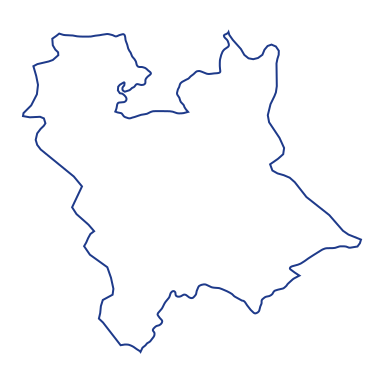 Srednje-Banatski, Robinson projection
{"feature_id": "SRB-1061", "entity_name": "Srednje-Banatski", "entity_type": "District", "adm_level": 1, "iso_a3": "SRB", "parent_name": "Republic of Serbia", "parent_adm1": "", "projection": "robinson", "projection_center": [20.51, 45.43], "detail": "fine", "context": "isolated", "style": "outline", "palette": "blue", "viewbox_px": 384, "rotation_deg": 0, "n_neighbors": 0, "source": "natural_earth", "source_scale": "10m", "svg_char_len": 5651}
<svg xmlns="http://www.w3.org/2000/svg" viewBox="0 0 384 384"><path d="M228.5,32.1L229.3,34.9L232.8,39.9L240.9,49.0L244.3,54.9L248.5,58.3L253.2,59.2L258.0,58.0L262.4,54.8L264.5,49.7L267.6,46.0L271.5,44.6L275.9,46.5L278.8,50.8L278.7,54.8L277.4,58.9L276.5,63.4L276.8,86.2L275.9,92.4L274.4,96.2L270.5,104.2L267.8,115.2L269.1,122.3L279.5,137.9L284.1,148.0L283.2,154.2L278.0,158.8L270.1,164.3L272.4,170.5L277.5,173.4L283.8,175.2L289.7,177.7L294.8,182.2L306.4,197.0L329.3,215.1L343.0,230.8L348.5,234.6L361.0,239.6L360.9,239.9L359.9,243.2L357.9,245.9L357.5,246.5L350.2,247.7L349.1,247.7L346.2,246.6L344.8,246.4L343.4,246.3L340.6,246.3L339.3,246.5L335.3,247.8L334.0,248.0L332.7,248.1L327.3,248.2L326.0,248.3L324.8,248.6L322.5,249.5L320.8,250.5L313.3,255.2L308.5,258.3L304.6,261.1L301.3,263.2L300.4,263.7L297.9,264.7L292.1,266.3L291.0,266.8L290.3,267.4L290.0,267.9L289.9,268.5L290.1,269.0L290.6,269.5L294.8,272.6L299.4,275.6L294.1,278.4L292.8,279.3L288.6,283.1L287.5,284.2L286.5,285.7L285.9,286.3L284.2,287.8L283.0,288.5L277.9,289.7L275.0,290.6L274.4,291.0L273.7,291.7L272.3,294.1L271.7,294.6L271.1,295.1L269.8,295.8L269.1,296.1L266.6,296.6L265.9,296.8L265.2,297.1L264.3,297.7L262.6,299.1L262.1,299.6L261.8,300.2L261.6,300.9L261.6,303.0L261.4,303.9L260.3,306.5L259.3,310.4L259.0,311.1L258.5,311.7L257.9,312.3L256.7,313.0L256.1,313.2L255.4,313.4L254.7,313.3L253.9,312.9L253.3,312.4L250.7,309.9L247.1,305.3L245.4,302.7L244.7,301.8L243.9,301.1L242.9,300.7L242.0,300.6L235.3,296.9L234.2,296.2L232.1,294.1L230.0,292.8L226.9,291.2L222.0,289.1L219.5,288.2L218.2,288.0L214.1,287.7L212.8,287.5L211.5,287.2L206.6,284.9L205.6,284.5L204.5,284.4L203.8,284.4L201.7,284.8L200.4,285.3L199.1,286.0L198.5,286.8L198.1,287.6L196.7,291.0L196.1,294.0L195.7,294.8L194.5,296.3L193.7,297.1L192.9,297.8L191.9,298.1L190.7,298.0L189.2,297.4L186.2,295.1L185.2,294.7L184.4,294.6L183.7,294.7L182.5,295.3L181.2,296.1L180.4,296.4L179.7,296.6L178.6,296.7L177.6,296.6L176.9,296.3L176.3,296.0L175.9,295.4L175.6,294.8L175.4,292.8L175.2,292.2L174.8,291.7L174.1,291.2L173.4,291.1L172.8,291.2L172.0,291.6L171.4,292.2L170.8,292.9L170.4,293.8L169.5,296.7L168.9,297.8L165.6,301.8L164.5,303.5L163.2,306.1L162.4,307.7L161.7,308.8L158.7,312.3L157.9,313.3L157.6,314.3L157.6,314.7L158.0,315.5L159.8,318.0L161.6,319.9L162.1,320.7L162.2,321.6L161.9,322.6L161.5,323.3L160.6,324.3L159.7,324.9L159.0,325.3L156.5,326.0L155.9,326.4L155.1,327.0L153.5,328.6L152.9,329.7L152.9,330.5L153.3,331.2L154.3,332.5L154.5,333.4L154.5,334.2L154.4,335.1L154.1,336.0L153.6,336.9L150.3,341.2L149.5,341.9L147.1,343.3L145.4,345.4L142.5,347.7L140.5,351.9L140.0,351.2L136.8,349.2L133.7,347.0L132.5,346.3L130.8,345.5L129.2,344.9L127.9,344.6L125.0,344.5L120.6,345.2L103.0,322.5L98.9,318.6L100.2,313.1L100.9,306.1L102.8,300.0L112.6,294.7L113.4,288.8L111.0,277.8L107.3,267.2L89.9,254.7L84.1,246.2L86.2,242.6L88.1,238.2L90.4,234.0L94.1,231.2L88.5,224.7L76.5,214.1L72.1,207.3L82.0,186.4L73.8,176.5L40.7,149.5L37.2,144.9L35.7,139.9L37.2,133.4L40.6,128.9L43.9,125.7L45.4,123.3L43.9,118.4L40.1,116.8L29.8,117.3L23.0,116.1L23.5,113.1L31.2,105.4L36.9,94.3L38.0,84.9L36.2,75.9L33.4,66.2L37.4,64.1L41.3,63.2L48.6,61.5L52.8,60.0L58.3,55.2L58.1,52.3L55.3,49.6L52.8,45.3L52.3,38.7L56.6,35.7L57.3,35.1L59.2,33.6L62.1,34.5L63.5,34.9L65.1,35.1L72.8,35.5L77.1,36.3L79.8,36.5L82.6,36.6L88.3,36.6L91.0,36.5L95.3,35.7L99.6,35.2L102.3,34.7L107.1,34.0L108.2,34.1L108.9,34.2L111.8,34.9L112.8,35.2L114.7,36.1L115.7,36.4L116.1,36.4L117.2,36.1L119.4,35.1L121.5,34.5L122.8,34.2L123.5,34.2L124.0,34.5L124.6,35.1L124.9,35.9L125.2,37.1L125.5,39.7L125.8,40.9L127.2,44.6L128.2,48.5L129.3,50.7L130.6,52.6L132.0,56.1L132.5,56.9L134.5,59.2L135.6,61.0L136.0,61.9L136.7,64.8L137.2,65.7L137.9,66.5L138.9,66.9L139.3,67.0L141.8,67.0L142.8,67.2L144.4,67.7L145.2,68.0L146.5,68.9L148.3,70.6L150.1,72.0L150.7,72.7L150.9,73.5L150.7,74.0L150.1,74.7L147.7,76.6L146.2,78.3L145.7,79.2L145.4,80.1L145.4,82.3L145.3,83.1L144.8,83.9L144.0,84.5L143.2,84.8L142.4,84.9L141.3,85.0L140.3,84.8L138.5,84.3L137.6,84.1L136.7,84.2L135.9,84.7L134.4,86.7L133.7,87.2L132.0,88.0L130.2,89.7L129.2,90.3L126.4,91.2L124.8,91.7L124.2,91.4L122.8,90.4L122.4,89.1L122.5,87.8L123.1,86.7L124.2,85.5L124.5,83.7L124.5,82.8L124.1,82.4L123.6,82.5L119.8,84.8L118.2,86.7L117.9,90.4L119.8,93.2L122.4,93.7L124.4,95.3L125.7,96.8L126.4,98.2L126.5,99.1L126.3,100.1L126.0,100.6L125.6,101.2L124.7,101.8L124.0,102.1L123.1,102.2L119.7,102.5L118.9,102.6L118.2,102.9L117.6,103.6L117.2,104.5L116.5,108.3L115.8,110.4L115.3,111.6L117.4,112.4L120.9,113.1L121.6,113.4L122.0,113.8L123.6,116.0L124.1,116.5L125.1,117.1L128.3,118.2L129.0,118.3L129.8,118.3L130.6,118.2L132.3,117.6L134.6,117.0L139.0,115.5L141.2,114.8L144.9,114.2L146.9,113.8L147.8,113.4L150.6,112.0L152.4,111.4L153.6,111.2L157.7,111.1L167.3,111.2L170.1,111.3L171.4,111.5L172.7,111.7L176.8,113.1L177.9,113.3L179.1,113.4L181.6,113.3L183.6,113.1L188.1,111.9L186.0,109.5L185.2,108.3L184.5,107.2L183.8,105.3L183.4,104.7L180.9,102.1L180.2,100.6L179.3,97.7L177.5,95.0L177.1,94.1L177.0,93.2L177.1,92.5L177.7,90.1L178.0,89.2L179.1,87.2L180.0,84.2L180.7,83.1L182.1,81.9L186.2,79.7L188.1,78.8L188.9,78.2L190.6,76.4L193.5,74.2L195.8,72.0L196.7,71.4L197.4,71.2L198.1,71.1L199.2,71.0L200.2,71.2L201.7,71.7L205.2,73.1L206.7,73.7L207.8,73.9L208.9,74.0L211.2,73.8L214.2,73.4L217.1,73.2L218.4,73.0L219.1,72.8L219.7,72.5L220.2,71.9L220.3,71.1L220.0,68.6L219.8,66.0L219.8,63.2L219.9,60.6L220.1,59.3L221.2,55.0L222.5,51.8L223.3,50.6L224.4,49.4L228.1,46.8L228.6,46.1L228.9,45.2L228.8,44.3L228.7,43.7L227.8,41.1L226.9,39.7L225.2,38.1L224.3,37.0L224.0,36.2L223.9,35.6L224.1,35.2L224.7,34.7L226.5,33.9L227.3,33.4L228.0,32.8L228.4,32.3L228.5,32.1Z" fill="none" stroke="#1e3a8a" stroke-width="2"/></svg>